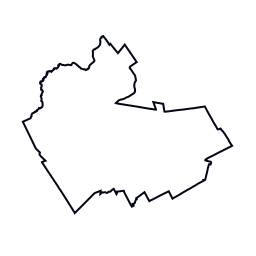 Scurtu Mare, Teleorman, Romania (Albers equal-area conic projection), rotated 275°
{"feature_id": "2599482B34296356322698", "entity_name": "Scurtu Mare", "entity_type": "district", "adm_level": 2, "iso_a3": "ROU", "parent_name": "Romania", "parent_adm1": "Teleorman", "projection": "albers", "projection_center": [25.289, 44.364], "detail": "fine", "context": "isolated", "style": "outline", "palette": "ink", "viewbox_px": 256, "rotation_deg": 275, "n_neighbors": 0, "source": "geoboundaries", "source_scale": "gbopen_adm2", "svg_char_len": 5491}
<svg xmlns="http://www.w3.org/2000/svg" viewBox="0 0 256 256"><g transform="rotate(275 128 128)"><path d="M118.3,231.7L119.4,233.3L120.3,232.4L123.5,230.0L124.2,229.6L124.6,229.4L126.4,228.2L126.5,227.9L127.7,227.1L131.1,224.5L131.3,224.2L132.4,223.3L134.2,221.3L135.5,220.3L134.4,217.7L134.6,217.3L138.5,214.7L139.7,213.7L142.1,212.0L143.9,210.9L148.9,207.4L155.9,202.8L156.1,202.7L154.6,196.3L153.3,191.3L153.1,189.8L151.6,183.1L151.5,182.9L150.0,175.2L147.9,165.9L147.5,163.7L147.5,163.2L147.5,162.9L155.2,160.9L155.2,160.1L155.3,158.9L156.0,151.0L148.8,154.3L148.7,154.1L149.3,144.4L150.0,136.4L151.3,117.3L151.6,114.3L151.7,113.8L152.9,114.7L154.7,116.4L155.0,117.0L155.7,118.4L156.0,119.7L157.0,122.0L157.2,122.3L157.7,122.9L158.3,123.8L159.0,125.4L159.3,125.9L161.6,128.8L162.7,130.3L163.5,131.2L164.2,131.5L165.1,131.8L165.9,131.8L167.5,131.5L169.5,130.7L172.3,130.5L172.9,130.6L174.6,131.0L174.9,131.1L175.6,131.7L176.2,131.8L177.7,131.4L180.1,130.7L180.3,130.7L181.6,129.9L182.5,129.0L186.0,126.3L188.0,124.4L188.9,124.6L189.4,124.8L194.4,130.9L210.8,117.5L201.7,111.5L206.4,106.8L210.4,103.0L209.3,102.2L213.7,98.8L217.4,95.3L217.2,95.0L216.9,94.2L216.4,93.7L216.1,93.6L215.6,93.8L215.5,93.7L215.5,93.2L215.0,92.8L214.4,92.6L213.9,92.6L213.2,92.7L212.8,92.6L211.6,93.0L210.6,93.0L209.0,92.9L208.4,92.8L207.5,92.3L207.1,92.0L206.9,91.8L206.4,91.5L205.3,90.4L204.8,89.8L204.5,89.2L204.1,88.7L203.8,88.6L203.8,88.4L203.5,88.1L203.5,87.6L203.0,87.0L202.8,86.8L202.5,86.7L202.0,86.3L201.2,86.2L200.6,86.4L198.9,86.6L196.0,86.8L194.6,87.5L193.4,88.3L192.0,88.7L191.8,88.6L191.4,88.2L191.1,88.2L190.4,87.7L190.1,87.2L188.1,85.2L187.5,84.7L186.6,84.2L186.1,84.1L185.1,83.8L185.1,84.0L184.7,84.0L184.4,83.5L183.9,83.4L183.6,83.0L183.4,83.2L183.2,83.0L183.0,82.7L182.8,82.0L182.2,81.4L182.0,81.0L182.1,80.8L182.6,80.1L182.8,79.8L182.8,79.6L182.5,78.9L182.9,77.9L182.9,77.1L183.1,76.4L183.1,76.0L183.6,75.6L183.8,75.2L184.5,74.5L184.5,74.2L184.8,73.8L185.8,72.6L186.2,71.7L186.7,71.3L187.9,69.2L188.3,68.2L188.3,67.8L187.7,67.0L187.2,66.7L185.9,66.1L185.6,65.7L185.8,63.8L185.9,62.7L185.0,60.3L184.9,59.4L185.2,58.2L185.0,57.5L185.0,57.2L185.4,56.2L185.9,55.3L186.0,54.5L185.9,54.2L185.0,53.8L184.6,53.7L184.1,53.8L184.0,53.6L184.0,53.1L183.4,53.4L183.2,53.4L182.7,53.2L182.2,52.8L181.7,52.5L181.5,52.1L180.9,51.4L181.0,51.2L181.3,51.2L181.3,50.7L181.0,50.2L181.2,49.8L181.0,49.2L180.9,49.1L180.3,49.5L180.1,49.4L180.1,49.0L180.0,48.9L179.2,48.5L178.5,47.5L177.8,47.3L177.6,47.0L177.5,46.9L178.0,46.6L177.9,46.1L177.7,45.8L177.6,45.7L177.7,45.4L178.0,45.1L178.0,44.9L177.9,44.7L177.6,44.6L177.6,44.4L177.3,44.2L177.3,43.5L177.1,43.2L177.2,42.9L177.0,42.6L176.6,42.5L176.4,42.8L175.7,42.4L175.6,42.5L175.5,42.9L175.2,43.0L175.1,42.9L174.7,42.2L174.2,42.2L174.3,42.6L174.1,42.7L173.5,42.4L173.0,41.9L172.7,41.9L172.4,41.8L172.1,41.8L171.9,41.8L171.8,41.4L171.4,41.1L171.5,40.7L171.5,40.4L171.4,40.3L171.2,40.6L170.9,40.3L170.6,40.3L170.4,40.0L170.2,39.9L170.1,39.7L169.7,39.5L169.6,39.3L169.6,39.0L169.5,38.9L169.0,38.9L169.1,39.6L168.9,39.7L168.3,39.6L167.4,39.2L167.2,38.6L166.8,38.2L166.7,38.0L166.9,37.5L167.0,37.3L166.9,37.1L166.4,37.2L166.4,36.7L165.5,36.5L165.0,36.5L164.4,36.7L164.1,37.1L164.0,37.3L163.9,37.9L163.7,38.2L163.3,38.3L162.8,38.2L162.2,38.4L161.9,38.2L161.5,38.2L160.8,37.9L160.0,38.1L159.7,38.0L159.0,38.0L158.8,38.3L158.9,38.6L158.7,38.8L158.6,38.7L158.5,38.4L158.3,38.4L158.1,38.5L157.9,39.0L157.9,39.4L157.3,39.9L156.4,39.9L155.2,39.3L154.4,39.1L153.6,38.8L153.0,39.1L152.5,38.7L152.5,38.4L152.1,38.3L150.4,39.1L149.6,39.3L149.0,39.4L147.8,39.2L147.3,39.3L147.1,39.4L146.8,40.2L146.3,40.5L143.0,41.0L142.3,40.9L141.8,40.8L141.3,40.5L140.9,39.7L140.4,39.5L140.2,39.2L140.0,38.6L140.1,38.3L140.2,37.7L139.7,37.7L139.4,37.4L139.0,37.2L138.5,36.7L138.2,36.0L137.6,36.0L137.5,35.7L137.1,35.2L136.7,35.4L136.4,34.8L136.0,34.4L136.1,34.1L136.1,33.9L135.9,33.6L135.0,33.0L134.2,31.4L132.6,30.7L131.4,30.9L130.7,30.4L129.5,30.2L129.2,30.1L125.1,22.7L113.2,29.8L105.4,34.5L104.8,34.8L103.7,35.5L100.9,37.1L99.6,37.9L98.8,38.8L95.9,42.4L94.1,42.1L93.9,42.1L93.6,42.3L92.0,43.9L88.2,48.6L86.6,45.3L86.1,45.5L77.1,52.6L63.9,63.2L62.2,64.3L60.9,65.5L54.5,70.5L43.0,79.2L40.4,81.1L40.1,81.3L39.9,81.6L38.6,82.4L60.0,100.2L60.2,100.4L60.6,101.2L63.1,106.2L59.8,106.2L60.0,106.4L60.7,106.8L61.0,107.1L61.7,107.9L61.7,108.2L61.5,108.8L61.5,109.0L61.9,110.0L62.0,111.0L61.9,111.3L61.6,112.0L61.5,112.5L61.6,113.0L61.9,113.5L62.4,113.8L62.8,114.2L62.8,114.4L62.9,115.1L63.1,116.0L64.8,117.4L65.0,117.6L65.3,117.9L65.8,118.7L66.1,119.0L65.5,119.5L61.1,122.3L61.7,122.6L62.4,122.8L63.7,122.7L63.8,123.3L64.1,124.9L65.1,129.2L64.7,129.6L63.9,129.8L63.4,130.0L52.4,137.0L50.0,138.7L51.1,140.4L52.8,139.3L53.2,140.0L53.2,140.3L53.2,140.6L53.9,141.3L54.3,141.5L55.7,141.6L57.0,142.0L57.3,142.2L57.4,142.5L57.6,142.5L57.9,142.9L58.8,142.3L60.5,144.4L65.5,150.0L57.0,155.6L57.8,156.7L58.5,158.0L64.7,167.8L68.5,174.1L61.5,178.5L62.5,179.9L66.2,185.3L67.9,187.5L71.6,192.7L73.4,195.5L74.8,197.3L76.4,199.7L78.6,202.6L82.2,208.1L82.8,207.8L82.8,209.0L83.2,209.4L92.3,210.8L95.2,211.1L98.8,211.8L99.0,211.9L99.1,212.2L98.9,213.4L99.4,213.5L100.2,213.8L100.5,213.8L101.3,213.6L101.6,213.4L101.8,211.4L102.0,210.3L102.1,208.9L102.3,208.7L102.8,208.9L103.1,208.9L102.7,208.5L102.7,208.3L102.8,207.8L103.2,207.9L103.6,208.3L104.1,209.0L105.5,210.9L106.7,213.0L108.8,216.4L109.9,218.1L111.5,220.6L112.8,222.7L115.1,226.5L117.3,229.9L118.3,231.7Z" fill="none" stroke="#020617" stroke-width="2"/></g></svg>